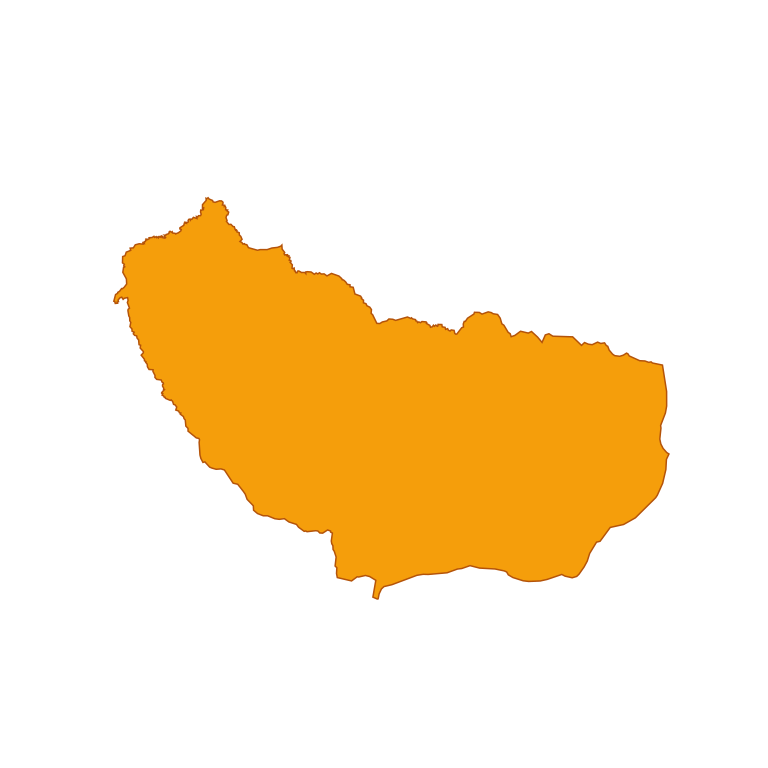 the district of Tenerife, Magdalena, Colombia, rotated 217°
{"feature_id": "7082276B5843074032940", "entity_name": "Tenerife", "entity_type": "district", "adm_level": 2, "iso_a3": "COL", "parent_name": "Colombia", "parent_adm1": "Magdalena", "projection": "orthographic", "projection_center": [-74.68, 9.914], "detail": "fine", "context": "isolated", "style": "filled", "palette": "amber", "viewbox_px": 768, "rotation_deg": 217, "n_neighbors": 0, "source": "geoboundaries", "source_scale": "gbopen_adm2", "svg_char_len": 6145}
<svg xmlns="http://www.w3.org/2000/svg" viewBox="0 0 768 768"><g transform="rotate(217 384 384)"><path d="M136.1,326.1L127.4,338.9L123.8,339.5L117.1,342.5L114.3,346.3L113.8,349.4L114.1,358.3L115.1,364.9L117.8,372.5L119.1,385.6L116.8,388.4L117.0,405.6L108.1,416.0L102.7,428.4L98.6,456.7L98.8,459.7L101.7,472.4L107.4,485.3L113.1,493.8L114.3,499.6L116.9,499.4L122.3,500.5L126.8,502.7L130.6,506.0L136.3,515.5L138.1,517.3L141.8,530.2L145.0,536.5L153.8,548.1L173.0,566.7L182.3,562.3L184.0,562.4L185.6,560.6L189.5,559.4L193.8,556.5L205.0,554.0L207.4,554.9L208.9,554.6L210.2,551.1L212.4,548.0L216.8,545.5L219.5,545.4L224.6,546.6L228.0,548.8L229.6,548.5L232.6,549.6L235.3,546.8L238.6,546.0L241.4,540.7L244.7,538.8L248.8,537.8L249.5,533.7L261.7,535.2L277.9,523.8L282.5,523.4L284.7,520.3L282.8,512.3L289.6,513.9L297.8,514.7L299.4,511.5L306.7,508.3L308.7,501.6L310.9,498.3L313.5,500.1L316.0,500.0L323.6,503.1L326.1,503.0L330.8,506.5L335.1,507.9L339.1,505.8L341.3,505.6L344.2,504.3L347.8,498.8L351.0,498.5L354.9,495.7L354.3,494.0L356.9,486.8L356.7,483.0L357.6,482.3L356.8,479.6L354.8,477.3L355.8,475.7L355.9,467.7L356.6,467.0L357.9,467.0L360.3,469.0L362.9,467.6L363.1,466.1L365.0,465.7L366.5,466.5L367.7,464.7L369.3,466.0L371.9,464.7L373.6,466.3L376.7,464.1L375.9,462.8L376.2,462.1L378.1,462.3L378.5,460.4L379.9,460.7L379.8,458.9L381.0,457.3L382.6,458.4L386.6,457.9L386.9,458.8L387.8,458.9L391.3,456.7L391.7,455.0L393.6,454.5L394.1,453.3L395.6,454.0L396.7,453.6L397.6,454.4L400.4,453.2L401.9,453.4L402.1,452.5L405.6,451.6L413.0,441.8L415.9,441.0L419.2,438.9L419.7,436.1L422.7,432.5L423.7,429.8L426.2,428.1L434.8,432.5L436.8,432.7L438.8,435.9L441.6,436.8L444.7,436.2L446.7,437.3L449.3,436.5L450.8,438.6L453.4,438.6L453.5,439.3L455.6,440.1L461.4,438.4L466.8,442.7L469.6,441.2L470.9,442.8L473.3,441.5L476.2,442.5L478.9,442.7L480.2,442.1L481.0,442.7L484.9,443.1L492.5,440.7L494.6,436.0L498.1,435.9L500.2,434.1L502.5,434.0L503.1,432.1L505.0,431.8L505.7,429.7L509.6,429.6L512.9,427.5L513.9,426.4L512.9,425.1L514.4,425.4L517.0,423.4L520.1,423.0L520.9,422.2L520.4,420.5L521.5,419.8L522.8,420.8L523.5,420.5L525.6,422.5L526.1,421.3L527.1,421.1L528.9,424.0L532.2,424.7L531.9,425.7L532.7,426.5L534.1,425.8L535.3,428.5L536.6,428.1L537.0,429.1L537.9,428.5L538.9,429.2L539.3,428.8L538.8,428.0L540.3,428.2L541.1,427.3L542.3,428.0L542.5,429.3L546.5,430.4L549.2,433.5L549.4,431.9L551.3,429.0L555.4,425.1L558.2,421.0L563.8,416.8L565.5,414.7L574.3,411.3L577.4,412.7L579.1,411.8L579.9,412.1L580.8,410.9L582.8,411.5L584.8,411.1L584.4,414.1L587.2,415.7L589.1,415.9L590.7,417.7L593.0,417.0L593.8,418.1L594.8,417.5L595.0,418.2L596.0,417.9L598.2,419.5L599.5,418.9L602.3,419.4L603.9,418.1L607.7,419.1L607.7,420.1L610.3,421.8L611.2,424.1L610.5,425.2L611.5,427.8L613.6,427.8L613.6,428.8L615.4,427.9L616.5,429.7L617.7,430.3L618.3,429.6L618.8,430.8L620.8,429.7L621.5,431.8L622.4,432.4L624.0,432.4L625.6,431.3L628.2,427.4L630.1,426.6L631.4,427.4L634.9,426.5L636.6,426.9L637.0,425.4L637.9,425.2L636.5,423.7L636.9,418.0L634.9,415.3L634.1,416.2L633.2,414.6L634.1,414.3L634.0,413.1L635.0,412.6L634.0,410.9L632.2,409.6L631.8,408.1L633.4,406.8L633.3,405.4L634.6,404.9L633.0,403.6L636.5,402.4L636.6,399.9L637.6,399.3L637.2,398.4L638.4,398.7L639.0,398.0L638.9,396.8L637.8,395.8L638.2,394.6L640.0,393.6L638.9,393.2L640.3,392.5L639.4,390.2L641.0,386.0L640.4,385.0L638.9,385.4L638.4,384.0L639.2,381.1L640.8,378.4L641.6,378.6L643.4,377.4L644.7,378.1L644.7,377.4L646.8,377.2L646.9,376.2L647.5,376.4L646.5,375.4L646.7,374.0L648.0,372.2L647.8,371.4L648.9,370.7L648.1,370.6L648.1,369.7L646.5,369.4L646.8,368.6L649.0,367.6L649.4,368.5L650.6,368.5L650.5,367.0L651.6,367.2L651.5,366.4L652.6,366.1L652.2,364.9L653.3,365.1L653.6,364.1L654.6,364.6L655.4,363.0L656.6,363.5L657.4,361.4L659.6,359.5L658.9,359.0L659.5,357.5L661.1,356.6L660.3,356.1L661.0,355.5L660.3,354.2L661.1,353.1L660.0,352.0L661.5,351.7L660.6,350.7L663.9,348.7L666.4,345.5L666.1,341.9L668.5,339.7L666.7,338.3L669.2,334.2L668.0,330.6L669.4,328.5L665.8,323.4L663.4,323.3L662.9,321.6L661.6,321.5L662.1,320.2L659.8,316.0L653.0,312.9L649.7,309.0L649.7,304.8L650.3,302.6L651.0,302.3L651.0,298.9L651.8,296.9L651.3,296.1L652.2,293.9L649.6,287.5L648.7,287.8L647.1,286.6L645.4,288.2L646.4,288.9L645.6,290.0L646.9,291.0L646.7,294.1L645.7,295.5L643.3,294.6L643.0,296.2L640.8,298.7L638.7,296.8L638.0,294.6L632.9,291.4L633.3,289.6L632.6,288.4L628.8,284.8L627.2,284.1L625.1,281.5L623.3,280.8L621.4,276.9L618.5,276.3L616.9,274.5L614.7,275.0L614.4,273.2L612.4,272.8L610.5,273.6L608.9,272.1L606.5,271.5L603.3,268.0L601.7,268.5L600.4,266.0L595.7,265.1L595.0,264.1L595.3,260.9L590.3,259.6L589.3,258.4L587.6,258.6L587.4,257.9L585.0,257.3L583.3,255.4L580.4,254.2L577.0,256.4L576.1,255.0L572.0,253.0L570.9,251.4L568.3,250.9L564.4,253.1L562.3,251.9L561.1,252.1L560.2,251.4L560.5,250.4L559.7,249.1L557.3,248.0L556.7,246.9L556.0,247.2L556.4,243.5L555.1,243.2L555.5,242.7L554.7,242.5L554.4,241.5L552.9,241.9L551.6,241.2L550.8,241.7L549.9,241.0L544.8,242.3L544.5,243.2L542.4,242.9L539.8,241.1L538.5,241.6L535.7,240.9L534.6,237.9L531.7,238.8L530.0,237.9L528.8,238.5L528.5,237.3L524.6,237.3L522.8,236.0L521.1,235.7L516.9,231.1L513.8,230.6L512.1,228.4L501.5,228.0L499.1,229.1L497.8,228.5L496.5,226.1L488.2,216.5L485.4,214.3L481.4,212.4L480.2,214.0L473.2,212.7L470.8,213.3L466.7,214.9L463.1,218.1L459.7,219.3L444.8,214.0L440.5,215.9L431.8,213.6L428.5,212.5L423.9,209.5L415.1,208.1L412.2,204.7L407.1,204.4L401.1,206.1L397.7,208.7L390.1,210.7L386.2,212.9L382.5,216.5L376.9,216.6L369.4,219.2L366.1,218.2L359.1,218.3L358.0,219.5L356.6,219.7L350.3,225.7L348.4,226.8L345.6,226.4L343.2,228.0L341.2,233.5L338.2,234.4L337.5,233.6L335.5,233.9L331.6,226.9L329.6,225.0L327.5,224.1L325.1,221.2L323.1,220.5L318.1,217.0L313.5,209.2L311.1,208.9L307.9,204.1L304.8,201.3L291.4,207.2L289.4,213.9L288.1,214.6L283.6,219.9L279.6,221.6L272.4,222.3L264.6,207.1L260.0,208.2L259.4,208.9L261.6,213.5L262.7,218.8L262.1,222.2L256.9,228.5L242.6,251.0L238.2,255.6L234.1,258.5L220.0,271.2L214.0,280.4L210.8,283.5L206.0,290.7L196.9,294.5L184.0,303.1L175.5,307.1L172.9,307.7L169.9,306.4L164.6,307.0L154.4,310.6L149.6,313.4L140.7,320.7L136.1,326.1Z" fill="#f59e0b" stroke="#b45309" stroke-width="1.5"/></g></svg>